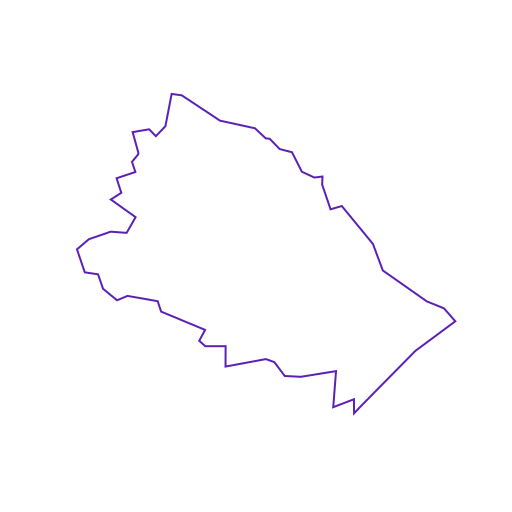 Roane, Tennessee, United States of America (Robinson projection), rotated 71°
{"feature_id": "52423323B98361785836731", "entity_name": "Roane", "entity_type": "district", "adm_level": 2, "iso_a3": "USA", "parent_name": "United States of America", "parent_adm1": "Tennessee", "projection": "robinson", "projection_center": [-84.545, 35.847], "detail": "fine", "context": "isolated", "style": "outline", "palette": "violet", "viewbox_px": 512, "rotation_deg": 71, "n_neighbors": 0, "source": "geoboundaries", "source_scale": "gbopen_adm2", "svg_char_len": 856}
<svg xmlns="http://www.w3.org/2000/svg" viewBox="0 0 512 512"><g transform="rotate(71 256 256)"><path d="M431.0,203.5L397.6,136.2L382.6,88.8L366.7,95.3L354.6,109.2L311.0,140.8L282.7,141.5L236.7,158.6L236.1,170.3L210.1,170.2L202.5,167.3L200.8,175.3L191.3,185.2L169.6,188.2L162.6,198.8L149.6,204.9L147.9,208.5L134.9,215.4L116.3,246.0L79.9,273.9L75.3,283.0L103.8,299.4L110.1,311.7L101.4,315.8L98.7,332.3L119.8,333.6L121.4,334.1L126.6,342.6L137.3,342.7L137.1,362.5L152.4,362.8L155.3,374.9L180.1,357.2L192.0,370.8L185.7,385.5L185.7,408.5L191.4,423.1L215.7,423.2L221.9,411.3L237.2,411.3L252.6,401.8L251.9,390.5L266.7,363.7L277.7,363.8L309.3,328.2L317.7,337.3L324.8,333.3L331.4,314.1L350.6,320.8L356.7,280.2L362.3,273.2L378.8,267.9L384.8,253.0L390.9,217.8L424.1,232.2L423.3,210.0L436.7,214.5L431.0,203.5Z" fill="none" stroke="#5b21b6" stroke-width="2"/></g></svg>